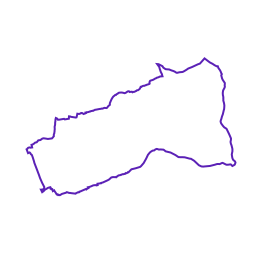 Harseni, Brasov, Romania (Equal Earth projection), rotated 259°
{"feature_id": "2599482B70771165019012", "entity_name": "Harseni", "entity_type": "district", "adm_level": 2, "iso_a3": "ROU", "parent_name": "Romania", "parent_adm1": "Brasov", "projection": "equal_earth", "projection_center": [25.04, 45.68], "detail": "fine", "context": "isolated", "style": "outline", "palette": "violet", "viewbox_px": 256, "rotation_deg": 259, "n_neighbors": 0, "source": "geoboundaries", "source_scale": "gbopen_adm2", "svg_char_len": 5555}
<svg xmlns="http://www.w3.org/2000/svg" viewBox="0 0 256 256"><g transform="rotate(259 128 128)"><path d="M171.5,227.9L171.6,226.9L173.1,225.0L174.9,223.2L176.7,220.9L181.7,216.4L177.5,210.9L177.2,208.8L175.6,202.4L174.9,198.5L174.0,196.5L172.8,193.2L172.6,192.1L172.9,189.3L172.8,186.6L173.5,185.5L174.4,184.7L175.4,183.2L176.2,181.7L177.6,179.6L178.3,177.0L178.6,176.1L180.5,174.2L182.1,173.6L184.8,170.2L185.2,168.8L182.0,170.3L181.1,170.4L180.7,170.4L179.5,170.5L178.6,170.7L178.0,170.7L177.4,170.8L176.7,170.9L175.7,171.2L174.7,171.5L174.0,171.6L173.0,171.6L172.2,171.7L172.4,169.9L172.4,169.0L172.1,168.1L171.9,166.9L171.9,166.0L171.5,165.1L171.3,163.9L171.0,163.2L170.6,162.1L170.4,161.0L170.3,159.9L170.2,159.0L169.9,158.5L168.8,157.8L167.4,157.7L167.2,157.4L167.0,156.2L166.8,154.2L166.6,153.9L166.6,153.1L166.3,152.3L166.5,151.1L166.4,150.5L166.1,149.3L165.8,149.0L166.0,148.3L165.5,148.0L164.2,147.0L163.8,146.3L163.2,145.0L163.3,144.1L163.0,143.3L162.8,143.1L162.7,142.6L162.5,141.9L162.3,141.2L162.4,140.2L162.2,139.2L162.9,138.7L163.0,137.3L163.0,136.5L163.9,135.9L164.0,135.0L163.7,134.0L163.0,132.5L162.8,131.4L163.7,129.5L164.1,128.3L164.3,126.7L164.3,125.4L163.7,124.5L163.3,123.1L162.8,122.6L162.9,121.8L162.5,121.2L161.7,119.6L161.0,118.8L160.0,117.9L159.2,117.2L158.6,116.8L156.4,115.3L155.8,114.9L154.2,114.6L153.3,112.9L151.8,111.2L151.7,110.6L152.3,108.6L152.1,107.8L152.0,107.6L152.0,107.1L151.9,106.3L152.1,105.9L152.0,105.0L152.1,103.9L152.1,103.2L152.1,101.8L152.1,100.8L152.1,99.7L152.2,99.2L151.9,98.4L151.8,97.6L151.5,96.9L151.7,96.6L151.6,95.6L151.7,95.0L151.4,94.3L151.5,93.5L151.3,92.9L151.2,90.9L151.4,90.2L150.8,89.8L151.0,89.3L150.7,89.3L150.4,88.6L150.4,88.0L150.2,87.1L151.4,85.9L151.7,84.9L151.4,84.6L151.1,82.6L151.7,81.0L149.1,79.9L148.3,79.5L148.2,78.8L149.9,74.0L150.3,73.6L150.7,72.3L148.4,71.7L148.5,67.6L149.2,67.0L149.3,62.2L149.5,60.8L150.8,60.2L151.6,59.1L150.4,58.5L148.5,58.0L147.5,57.6L145.3,57.1L144.5,56.8L143.5,56.3L142.6,56.1L141.0,55.9L140.6,55.8L139.8,55.5L138.8,55.3L137.8,54.9L137.0,54.7L136.7,54.5L135.9,54.0L134.9,53.7L134.2,53.7L133.2,52.6L132.3,51.4L132.3,51.1L132.5,47.6L132.5,47.3L132.9,46.3L133.2,45.5L133.7,44.1L134.0,43.2L134.0,42.4L133.9,42.0L133.9,41.8L133.8,41.5L133.1,40.1L133.0,39.9L132.9,39.8L132.9,39.7L133.0,37.6L132.9,37.4L132.7,37.3L132.6,37.1L131.6,35.9L131.4,35.6L131.4,35.4L131.4,35.1L131.4,34.1L131.3,33.9L130.9,33.2L130.6,32.8L130.3,31.9L130.0,31.2L129.9,30.9L129.9,30.6L129.9,30.1L129.1,30.1L127.2,30.2L127.3,28.4L127.5,28.1L127.7,27.7L127.7,27.4L127.7,26.7L127.6,26.2L127.3,25.7L126.8,25.3L126.7,25.0L126.6,24.9L126.5,24.7L126.4,24.4L122.4,25.1L122.8,26.7L122.5,27.0L122.0,27.3L120.7,27.7L120.3,28.2L119.8,28.5L119.1,28.6L118.6,28.7L116.6,29.0L115.5,29.1L113.0,29.4L111.9,29.4L110.7,29.6L103.3,30.9L101.4,31.2L99.2,31.6L95.7,32.1L90.7,33.2L85.9,34.6L85.7,34.5L84.8,34.0L84.1,33.5L83.9,33.2L84.0,32.7L84.0,32.0L84.0,31.5L84.0,31.3L84.1,30.8L83.0,31.1L81.4,31.5L81.6,31.9L81.7,32.2L81.8,32.5L82.1,33.0L82.3,33.4L82.9,34.1L83.2,34.6L83.4,35.0L83.5,35.3L83.8,36.2L83.9,36.6L84.1,37.0L84.5,37.9L84.5,38.2L84.6,38.6L84.6,39.0L84.7,39.7L84.7,40.4L83.4,40.4L83.3,41.0L82.5,41.0L82.4,41.2L82.4,42.0L80.4,42.2L80.9,43.6L80.6,43.7L79.9,43.9L78.9,44.4L78.2,44.7L76.5,45.3L76.6,45.7L76.6,45.8L76.3,46.2L75.9,46.9L75.7,47.2L75.4,47.0L75.1,48.3L75.1,48.5L75.3,49.1L75.5,49.5L75.9,50.5L76.0,51.6L76.3,54.8L76.7,55.5L76.6,55.8L76.5,56.1L75.5,57.8L75.4,58.4L75.3,58.8L75.0,59.5L73.6,63.9L73.8,64.0L74.1,65.4L74.4,66.3L74.4,66.9L74.3,67.0L74.4,67.3L74.3,67.9L74.7,68.5L74.8,68.5L74.9,69.5L75.3,71.2L75.8,73.5L76.2,75.3L75.7,75.5L75.8,75.7L76.1,76.2L76.2,76.4L76.4,76.9L76.5,77.2L76.5,77.6L76.6,77.8L77.5,77.5L77.5,79.0L77.6,79.4L77.7,80.2L77.8,80.7L78.0,81.6L78.3,82.8L78.3,83.1L78.3,83.5L78.3,84.0L78.0,86.0L77.7,86.1L77.7,87.3L79.1,87.4L79.0,89.2L78.9,91.0L79.2,91.1L79.3,92.2L79.3,92.8L79.4,93.3L79.5,93.6L79.7,94.5L80.6,98.2L81.1,99.7L82.3,101.6L82.5,101.9L82.6,102.2L82.7,102.6L82.6,103.0L82.7,103.4L82.7,104.0L82.5,104.5L82.4,104.9L82.2,106.3L81.9,106.9L82.4,107.4L82.4,108.1L82.6,108.4L83.1,109.2L83.3,110.0L83.2,111.1L83.4,112.0L83.3,112.3L83.5,113.1L83.7,113.5L83.7,113.9L83.5,114.5L83.6,115.1L83.6,115.7L83.5,116.1L84.0,116.8L83.8,116.9L83.9,117.3L83.9,117.9L84.0,118.1L84.1,118.4L84.1,118.7L84.4,119.2L84.6,119.4L84.5,119.6L84.4,119.7L84.5,119.9L84.5,120.1L86.8,123.5L87.0,127.8L87.5,132.4L88.0,133.4L90.6,136.7L94.5,140.0L97.9,142.5L99.7,144.7L100.3,145.7L101.1,147.8L101.0,149.4L101.7,150.7L102.0,152.0L101.8,152.7L100.9,154.3L100.8,155.6L100.0,158.6L99.7,159.0L97.9,160.5L95.8,165.1L92.4,169.4L90.0,171.8L89.7,172.3L88.6,177.4L88.3,178.3L86.1,182.8L85.8,183.9L83.2,186.7L77.9,190.5L76.3,192.7L75.8,194.3L75.1,201.3L75.4,206.5L75.6,208.1L75.6,208.9L75.1,211.2L75.7,213.5L75.7,214.2L75.3,214.8L73.5,217.1L73.1,217.8L72.8,219.8L72.8,221.4L72.6,222.0L70.8,223.2L71.3,224.9L71.7,225.8L73.5,226.9L74.7,226.7L76.5,225.3L77.0,225.0L78.8,224.7L82.2,224.8L85.1,226.0L86.9,226.4L87.9,226.5L91.4,226.3L92.9,226.0L94.8,226.0L96.8,226.8L98.1,227.1L101.4,226.4L103.1,226.0L108.3,224.6L108.8,224.2L110.3,222.6L112.0,221.6L114.8,220.3L116.6,220.1L117.7,220.5L119.2,221.4L121.3,222.4L123.4,223.7L127.4,225.5L127.8,225.8L129.4,226.3L131.8,226.9L134.1,227.0L136.8,226.8L138.5,227.2L139.1,227.2L139.6,227.4L141.2,227.5L142.1,227.4L144.3,227.7L146.1,228.3L146.8,228.6L149.3,230.6L150.3,231.0L151.2,231.0L153.0,231.5L153.8,231.6L157.1,230.2L158.7,229.8L161.9,229.6L163.0,230.4L163.9,230.0L164.5,230.0L167.0,229.4L169.6,228.2L171.5,227.9Z" fill="none" stroke="#5b21b6" stroke-width="2"/></g></svg>